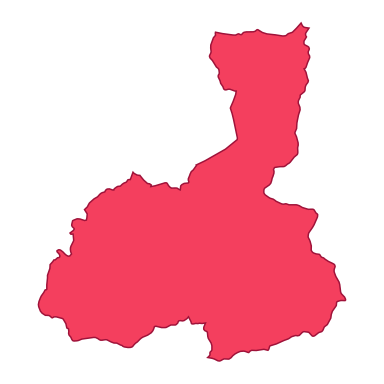 outline of Don Duong, Lâm Đồng, Vietnam
{"feature_id": "81297802B74216529473028", "entity_name": "Don Duong", "entity_type": "district", "adm_level": 2, "iso_a3": "VNM", "parent_name": "Vietnam", "parent_adm1": "Lâm Đồng", "projection": "mercator", "projection_center": [108.553, 11.806], "detail": "fine", "context": "isolated", "style": "filled", "palette": "rose", "viewbox_px": 384, "rotation_deg": 0, "n_neighbors": 0, "source": "geoboundaries", "source_scale": "gbopen_adm2", "svg_char_len": 5932}
<svg xmlns="http://www.w3.org/2000/svg" viewBox="0 0 384 384"><path d="M309.0,28.1L305.2,27.5L303.9,27.1L303.0,26.4L302.3,25.5L301.1,23.0L296.5,28.2L292.4,32.3L288.4,33.6L287.5,34.2L286.6,35.1L285.7,35.7L284.3,35.9L282.8,36.0L275.7,34.9L266.9,33.9L262.4,32.5L257.9,29.7L257.1,29.7L256.6,30.0L255.3,31.2L253.3,31.8L246.3,31.9L244.0,32.3L242.7,33.2L241.6,34.6L240.4,34.6L238.9,33.9L238.1,33.9L235.5,35.1L233.0,35.0L222.5,33.6L215.5,32.2L215.3,33.1L215.5,35.3L213.4,37.8L210.8,45.0L210.7,48.1L211.1,51.4L211.0,52.4L210.5,53.7L209.6,55.5L209.5,56.6L210.2,58.2L212.4,60.5L216.4,67.0L217.8,68.1L218.6,69.0L219.0,70.3L219.3,73.0L219.0,74.2L218.3,75.2L218.2,76.0L218.2,76.9L220.0,80.7L220.7,83.4L222.9,86.6L223.7,88.9L224.6,89.7L225.9,89.9L228.4,89.2L229.8,89.2L234.2,90.8L235.2,91.1L236.2,91.1L235.7,94.4L233.2,101.3L230.5,107.6L230.4,108.3L232.1,113.5L233.5,119.2L237.4,138.0L237.2,139.6L225.4,149.2L204.8,160.9L196.2,165.0L196.5,165.4L193.2,170.0L191.3,171.6L190.1,174.1L189.6,175.6L188.3,178.8L188.3,180.2L188.8,181.6L188.7,182.5L188.1,183.0L184.2,183.4L181.9,184.6L180.7,185.9L180.3,189.9L179.2,189.5L177.0,188.1L175.6,188.0L171.5,188.1L170.0,187.2L168.5,185.6L167.4,183.7L166.7,182.9L165.1,182.8L155.1,185.8L150.8,186.6L151.3,185.0L149.6,183.8L147.5,183.5L143.6,180.0L139.8,175.3L139.3,175.4L137.0,175.0L134.1,173.4L133.0,172.2L130.3,179.6L129.2,179.5L127.8,179.9L126.6,181.8L126.0,182.3L123.9,183.1L122.3,184.2L120.4,186.1L117.8,186.4L116.8,186.9L114.6,188.5L113.8,189.5L113.8,190.0L112.7,190.0L109.5,188.9L107.5,189.0L106.5,189.4L105.5,190.4L104.8,191.9L102.1,192.7L100.8,193.4L99.7,194.4L97.6,196.8L94.0,198.9L89.5,202.9L88.7,204.2L87.4,206.8L84.5,209.6L87.2,213.9L86.9,217.6L86.4,220.1L84.6,220.5L80.0,219.0L77.6,218.8L76.8,218.9L73.3,220.3L72.6,220.8L71.8,224.2L71.7,225.3L72.2,226.6L74.1,228.5L74.2,229.2L73.3,230.5L70.0,233.0L70.1,233.3L70.9,234.2L73.1,234.1L73.7,240.2L73.5,241.0L71.0,246.1L70.5,247.7L70.4,249.5L70.7,251.7L71.5,254.0L69.7,256.0L68.2,256.2L66.6,255.4L65.1,254.2L62.9,251.9L60.8,250.3L59.8,249.8L58.5,249.8L57.0,250.7L57.0,251.7L59.1,254.0L59.8,255.4L59.8,256.6L59.5,257.2L59.1,257.5L57.5,257.8L55.3,259.8L53.8,260.0L52.9,261.5L50.1,264.6L49.9,268.4L47.5,275.3L47.5,277.9L46.8,284.9L46.8,289.2L46.5,289.6L45.1,290.0L43.7,292.6L41.4,295.8L40.5,297.6L39.0,301.5L38.4,304.5L38.7,306.7L40.4,311.1L42.1,313.2L45.3,315.3L48.4,315.4L49.5,315.7L51.8,317.7L52.4,317.8L54.0,316.9L56.1,316.8L62.4,318.5L63.2,319.1L65.9,323.7L66.8,327.9L67.3,328.3L68.1,328.5L68.5,328.9L68.8,331.4L68.6,333.3L69.0,335.0L70.9,337.3L71.7,339.2L72.5,340.4L73.1,340.8L74.1,341.0L76.9,340.8L78.4,340.5L81.8,339.1L83.7,338.8L93.8,337.4L95.6,337.5L97.9,338.6L99.4,339.7L100.6,340.2L102.0,340.2L105.3,339.7L106.9,339.8L111.0,341.9L113.9,343.0L116.8,343.1L117.6,343.5L120.5,345.0L122.1,345.5L122.6,346.1L124.2,346.9L128.0,347.5L130.6,347.4L132.1,346.9L132.8,346.3L133.8,345.0L135.4,343.3L137.4,341.9L140.0,339.2L141.4,338.0L142.9,337.1L147.7,335.1L151.3,332.7L152.8,330.8L153.5,329.4L154.4,326.7L155.1,326.3L156.3,326.3L161.7,327.6L165.0,327.6L166.3,327.4L170.8,325.0L175.3,325.0L176.0,324.7L177.4,323.4L177.9,322.8L178.2,321.6L178.8,320.9L180.2,320.6L182.5,320.9L184.0,320.6L186.9,318.7L188.5,316.8L190.9,321.5L191.4,323.4L192.0,323.9L193.6,323.9L195.8,323.4L197.9,323.6L199.4,323.2L202.1,323.5L205.5,323.0L203.8,327.2L203.7,329.0L203.9,329.5L204.8,330.6L206.7,331.5L207.4,332.3L207.8,336.5L208.3,338.4L211.1,343.0L211.9,345.7L211.9,350.0L211.1,351.2L210.2,352.0L209.9,353.0L210.0,354.5L209.8,355.3L209.1,356.1L207.7,357.5L212.1,358.3L214.3,359.0L217.9,360.8L219.5,361.0L220.6,360.7L222.9,359.4L224.1,358.9L228.9,359.1L231.1,357.7L232.8,355.7L235.1,353.9L237.6,352.5L240.3,351.4L243.6,351.1L245.2,351.4L248.2,352.5L248.8,352.5L250.3,350.9L251.8,350.3L256.2,350.5L263.9,349.3L267.9,350.3L268.3,350.0L268.8,349.2L269.6,346.5L270.0,345.9L270.5,345.7L276.4,343.9L283.9,340.5L288.5,338.8L291.6,336.7L295.1,335.6L295.9,335.5L297.5,335.8L299.3,335.4L302.3,332.4L303.3,331.8L304.0,331.6L308.4,332.2L309.1,332.6L312.0,335.8L312.8,336.2L313.9,336.1L314.9,335.6L318.7,332.6L321.7,331.6L322.4,330.9L323.1,329.9L324.1,327.3L324.7,326.6L327.3,324.6L330.8,318.1L331.3,314.4L332.4,311.2L336.3,305.6L336.6,302.5L336.9,301.9L337.6,301.4L340.3,300.6L341.7,300.5L345.1,300.6L345.6,300.0L345.5,299.2L344.6,297.1L341.7,294.1L341.1,293.3L340.6,291.8L339.7,284.5L339.0,282.0L335.8,276.4L334.4,272.6L334.1,271.4L334.1,270.3L334.3,269.0L335.1,266.7L335.0,265.9L334.6,264.8L334.0,264.2L332.6,263.4L328.4,261.4L325.2,259.3L323.6,257.9L321.8,257.3L321.2,256.9L319.7,254.6L319.2,254.3L316.1,253.9L313.6,253.0L312.7,252.4L312.0,251.6L311.2,250.3L311.3,245.9L310.2,241.7L309.6,240.1L308.3,237.5L308.1,236.7L308.4,234.1L308.8,232.8L312.5,227.5L314.1,224.7L317.0,218.1L317.5,216.8L317.7,214.7L317.2,213.9L316.0,213.0L314.1,209.9L313.4,209.4L312.5,209.2L308.2,209.3L302.3,207.5L299.3,205.7L296.9,204.9L295.8,204.8L289.0,204.8L286.5,203.9L285.6,203.8L283.3,204.2L281.7,203.9L276.1,201.3L275.3,200.6L273.3,199.2L270.1,198.2L268.9,197.5L265.2,194.9L264.2,193.6L263.8,192.4L263.9,189.7L264.6,188.2L269.4,184.9L270.8,183.2L271.6,180.8L272.2,178.1L272.9,176.5L273.9,173.3L274.0,171.2L273.5,169.5L274.4,167.7L274.9,167.4L279.6,166.7L283.9,166.6L285.5,165.8L287.7,163.9L288.7,163.5L290.2,162.2L294.2,157.1L297.2,154.6L297.5,154.0L297.8,152.9L297.8,151.2L297.6,147.9L298.2,145.1L298.1,142.8L296.5,136.8L294.8,133.0L295.6,130.8L296.6,128.6L296.9,123.0L297.4,120.3L298.5,114.9L300.1,109.9L299.9,107.2L298.3,103.3L298.3,101.5L298.6,100.3L300.1,97.3L300.2,95.4L300.3,95.0L304.2,91.8L304.7,91.1L305.0,90.3L305.2,87.3L305.6,86.0L306.2,84.7L307.9,82.4L308.4,80.7L307.4,78.1L306.0,72.3L304.1,68.8L305.3,68.2L306.0,67.3L307.6,62.5L309.7,57.7L309.6,55.9L308.5,54.1L308.2,52.6L308.3,51.5L309.2,49.5L309.3,48.7L308.8,47.2L307.8,46.4L304.9,44.9L304.4,44.4L304.0,43.8L303.9,41.8L304.2,40.7L306.5,36.9L305.7,35.6L305.5,33.8L306.0,32.6L309.0,28.1Z" fill="#f43f5e" stroke="#9f1239" stroke-width="1.5"/></svg>